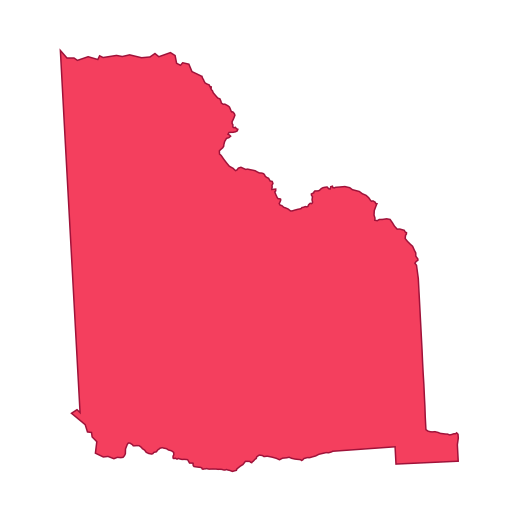 Valley, Idaho, United States of America (Natural Earth projection), rotated 267°
{"feature_id": "52423323B68187533986478", "entity_name": "Valley", "entity_type": "district", "adm_level": 2, "iso_a3": "USA", "parent_name": "United States of America", "parent_adm1": "Idaho", "projection": "natural_earth1", "projection_center": [-115.582, 44.683], "detail": "fine", "context": "isolated", "style": "filled", "palette": "rose", "viewbox_px": 512, "rotation_deg": 267, "n_neighbors": 0, "source": "geoboundaries", "source_scale": "gbopen_adm2", "svg_char_len": 4740}
<svg xmlns="http://www.w3.org/2000/svg" viewBox="0 0 512 512"><g transform="rotate(267 256 256)"><path d="M438.4,211.0L443.5,201.7L451.1,199.0L452.8,192.9L450.4,190.6L452.6,186.8L460.4,185.7L463.6,181.2L460.1,169.4L463.5,165.7L460.3,160.5L460.0,152.1L463.5,140.3L462.2,132.9L463.6,127.2L462.2,113.7L464.1,110.3L460.5,108.3L463.8,98.8L460.7,87.9L463.2,84.7L463.6,77.6L471.5,71.4L384.7,71.5L108.8,72.1L111.9,69.2L108.6,63.5L96.5,76.6L89.1,78.5L88.4,82.5L83.9,82.9L78.9,87.3L67.5,85.3L63.3,93.0L63.6,97.7L61.0,103.5L62.2,107.0L61.7,110.4L61.9,112.7L63.5,114.2L65.4,115.2L70.2,115.6L74.6,117.6L75.9,118.7L75.8,120.2L75.2,121.1L74.1,122.7L72.9,123.5L72.8,124.9L72.9,126.5L72.7,129.4L70.9,131.5L69.5,132.5L68.0,134.6L65.7,136.1L64.4,138.5L63.7,141.4L64.0,142.6L65.2,143.7L65.7,146.3L66.6,147.0L67.8,148.1L68.2,149.0L69.1,150.1L69.5,152.4L69.0,153.7L68.3,156.5L66.9,158.4L65.9,161.4L64.2,163.5L61.8,163.5L60.5,162.7L58.6,162.6L58.0,163.4L58.3,164.8L57.3,166.5L57.9,167.8L57.2,169.7L56.7,171.5L56.7,173.6L56.4,175.9L56.2,176.9L55.6,177.4L54.7,177.8L52.7,178.8L52.5,181.6L52.4,182.2L51.7,182.4L51.1,182.2L49.9,182.4L49.0,183.1L48.5,185.5L48.1,187.6L47.8,189.6L47.2,190.8L46.3,191.0L45.8,191.9L46.1,192.8L46.1,194.2L46.3,195.8L46.0,196.5L45.6,198.1L45.6,199.7L45.5,202.1L45.3,205.1L45.0,206.7L44.9,208.9L44.8,210.0L44.6,211.0L44.1,212.3L43.9,213.7L44.1,214.7L44.3,215.4L43.8,216.6L43.5,217.6L43.3,218.5L42.7,219.8L42.1,221.2L42.6,223.3L43.0,225.2L44.4,225.8L45.2,226.9L47.0,229.4L48.4,232.0L51.5,234.7L51.2,239.0L50.3,239.8L49.8,240.9L50.7,241.6L51.0,242.1L51.2,242.5L52.0,243.3L52.8,244.1L53.2,244.6L53.6,245.2L53.7,245.6L54.1,245.8L54.5,245.8L55.6,246.4L57.0,248.8L56.4,252.0L55.4,253.2L55.3,254.0L55.4,255.1L55.5,256.8L54.3,261.5L52.9,265.7L51.3,268.8L52.7,271.9L52.9,276.1L53.3,278.5L52.1,281.0L51.2,284.2L50.7,287.2L50.3,289.8L49.4,290.8L49.9,291.9L51.2,293.2L52.0,296.6L51.8,299.0L52.5,301.9L53.2,305.1L54.7,308.4L55.3,311.8L56.0,315.7L55.7,318.2L56.5,321.5L57.0,322.2L58.2,384.9L40.9,384.9L40.5,447.2L46.4,447.2L57.0,447.2L63.6,448.5L67.4,448.4L68.9,447.1L68.1,446.0L68.1,444.1L67.4,441.7L67.2,439.9L68.1,438.0L68.3,435.8L68.8,433.2L69.2,430.8L70.3,428.5L70.8,426.7L71.2,425.5L71.1,423.1L71.3,421.2L72.1,418.6L73.7,416.6L86.5,416.6L97.3,416.8L104.7,416.8L118.9,416.9L129.9,416.8L140.7,416.8L153.0,416.9L169.8,416.9L189.6,416.9L200.9,416.9L208.0,416.9L225.0,416.9L238.3,415.8L240.5,414.3L242.3,415.8L243.2,417.4L244.5,417.5L247.4,415.6L250.7,415.7L253.3,414.5L257.5,412.9L259.8,410.6L262.7,408.0L265.6,405.9L268.8,406.4L270.1,407.4L271.5,407.5L271.6,406.9L272.4,406.1L273.9,405.4L275.4,401.0L275.4,398.4L278.6,395.8L282.0,394.0L285.5,391.8L286.3,388.4L285.9,384.2L286.0,381.0L284.9,378.9L285.5,376.5L287.6,376.8L290.7,376.0L295.2,376.5L299.8,378.5L301.9,379.5L302.1,378.3L303.5,377.8L304.9,375.7L304.6,374.2L305.7,373.2L308.3,371.6L310.8,369.1L312.7,365.3L315.0,362.6L317.2,355.7L319.3,353.2L320.7,348.4L320.5,342.7L320.4,338.9L319.9,337.9L320.3,336.3L321.7,336.0L321.3,334.3L320.2,334.0L319.0,333.5L319.3,332.2L321.2,330.6L321.0,328.2L320.7,326.4L319.9,324.7L318.2,322.8L317.8,321.5L317.8,319.3L317.9,318.2L317.1,317.3L316.1,317.0L315.6,315.7L315.0,314.5L313.7,314.6L312.3,315.5L310.3,315.1L309.1,314.9L307.1,315.3L306.3,315.2L305.4,314.3L305.8,312.9L304.4,311.2L302.7,310.4L302.4,309.2L302.8,307.9L302.1,305.7L302.0,304.4L301.0,303.5L300.7,302.2L300.4,299.9L300.0,298.2L299.8,297.1L299.1,294.4L299.2,292.8L301.2,290.6L302.5,288.0L303.2,286.2L305.0,284.4L305.5,282.8L307.1,281.9L309.1,283.0L310.2,283.5L311.4,283.6L311.8,283.1L312.1,281.0L313.3,280.2L316.0,279.1L319.0,278.1L320.0,279.1L321.8,279.2L321.7,277.3L321.6,275.3L323.1,275.4L324.0,275.8L325.6,275.6L327.6,276.7L329.6,276.1L330.2,274.0L333.0,272.6L333.9,270.8L335.1,269.4L336.6,268.8L337.8,267.9L338.5,266.1L338.8,263.6L339.9,261.6L341.2,259.6L341.9,257.1L342.4,255.1L343.2,252.2L343.0,250.2L345.4,245.6L344.7,243.0L343.0,241.6L342.3,240.1L343.5,238.8L344.6,237.9L347.1,234.0L350.6,231.4L354.1,229.0L358.3,226.4L359.7,224.9L362.9,224.9L364.0,226.1L365.8,228.4L367.3,229.5L368.9,229.7L372.0,230.7L375.0,232.7L375.6,235.1L377.0,236.9L378.2,235.8L379.1,234.4L380.8,235.6L380.8,237.6L380.7,239.4L381.1,242.0L381.9,243.8L383.5,244.5L384.1,243.2L385.6,242.1L385.2,240.8L386.1,239.6L386.9,239.7L388.3,239.8L389.5,239.1L391.5,239.2L393.5,240.4L395.6,241.4L397.7,242.3L399.4,241.8L401.2,240.3L401.1,239.4L402.3,238.6L403.7,238.2L406.1,237.3L407.1,236.3L407.8,235.3L409.3,232.8L409.2,231.3L410.6,229.4L412.3,229.1L414.8,228.2L415.8,226.0L418.9,223.6L421.3,221.8L423.2,221.2L424.4,220.2L426.0,219.5L426.2,220.1L427.4,220.0L427.5,218.9L429.3,218.2L430.3,216.1L431.5,214.2L433.5,213.2L434.8,212.8L436.2,212.0L438.3,211.4L438.4,211.0Z" fill="#f43f5e" stroke="#9f1239" stroke-width="1.5"/></g></svg>